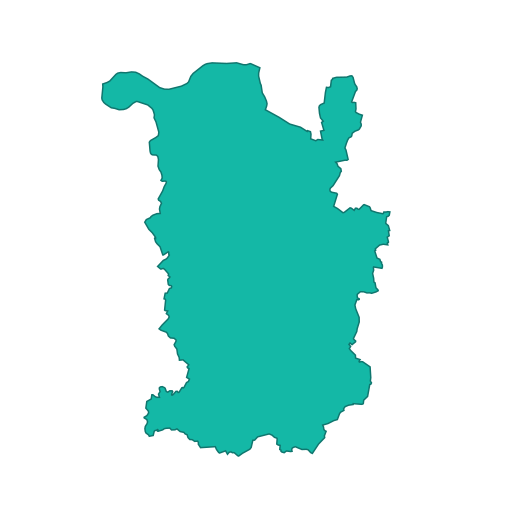 Thieu Hoa, Thanh Hóa, Vietnam, rotated 260°
{"feature_id": "81297802B18173194226488", "entity_name": "Thieu Hoa", "entity_type": "district", "adm_level": 2, "iso_a3": "VNM", "parent_name": "Vietnam", "parent_adm1": "Thanh Hóa", "projection": "albers", "projection_center": [105.666, 19.898], "detail": "fine", "context": "isolated", "style": "filled", "palette": "teal", "viewbox_px": 512, "rotation_deg": 260, "n_neighbors": 0, "source": "geoboundaries", "source_scale": "gbopen_adm2", "svg_char_len": 6086}
<svg xmlns="http://www.w3.org/2000/svg" viewBox="0 0 512 512"><g transform="rotate(260 256 256)"><path d="M367.7,382.5L369.1,382.1L370.3,382.4L376.2,385.2L377.8,382.2L380.0,379.4L380.9,379.0L383.5,380.0L389.6,380.8L390.3,379.2L390.4,377.6L391.1,376.9L400.7,382.5L401.9,384.1L403.1,384.7L405.1,384.6L407.9,383.3L409.5,383.0L415.0,382.6L416.8,381.7L417.0,379.9L416.4,376.4L418.0,366.2L417.6,362.3L416.7,362.1L416.0,360.7L409.7,358.8L409.3,356.4L409.9,354.7L405.1,352.8L394.8,349.7L393.9,346.1L393.0,344.6L391.5,343.8L385.5,343.3L380.8,343.5L377.0,345.6L376.2,343.8L367.9,344.7L367.8,341.2L360.0,341.4L358.6,341.8L360.0,337.1L359.1,334.9L361.9,330.2L366.4,331.3L369.0,331.2L370.5,328.5L369.8,328.0L375.1,322.2L380.1,312.1L388.5,302.9L398.4,290.6L401.8,292.5L404.0,293.3L406.7,293.2L411.1,292.2L415.6,290.5L423.3,290.7L425.3,290.2L432.7,289.8L435.8,290.4L440.7,292.5L446.3,284.2L446.5,283.5L446.0,279.9L446.3,278.0L446.6,276.7L449.6,270.5L450.7,260.5L453.8,246.3L453.9,241.4L453.6,239.4L452.7,236.9L446.7,225.8L444.2,223.0L439.1,219.8L437.9,218.0L436.2,212.0L435.3,199.2L436.2,194.8L438.6,190.3L449.0,180.3L452.7,175.6L455.6,172.7L457.8,169.5L458.4,167.4L458.9,165.3L459.0,159.7L460.2,154.6L460.1,151.6L459.2,149.6L453.7,142.4L452.7,139.4L452.0,134.9L449.2,134.6L438.4,131.6L436.5,131.6L433.6,132.8L431.7,134.3L427.1,139.2L425.9,142.6L423.8,146.6L423.3,150.9L423.6,153.8L424.7,156.6L427.7,161.2L429.0,164.9L428.6,166.3L423.6,175.6L419.5,179.1L417.8,179.9L415.1,180.3L412.6,180.5L409.8,179.6L405.5,180.8L394.8,181.8L391.5,180.7L390.1,178.0L388.0,172.1L386.6,170.7L377.8,169.9L375.7,170.0L374.2,170.7L373.5,171.9L372.7,175.4L371.1,176.6L368.0,176.7L361.5,175.1L357.9,175.7L355.1,177.0L351.6,177.4L348.9,177.1L347.0,175.5L345.9,176.6L345.6,179.5L345.1,180.4L344.6,180.6L343.2,180.1L340.3,177.7L336.2,175.3L329.2,169.6L327.9,169.8L326.4,171.4L324.4,172.1L321.2,169.9L319.0,169.1L314.5,169.1L314.9,165.8L314.1,161.6L313.0,159.4L312.1,158.7L310.9,154.3L308.6,152.3L300.9,155.1L296.9,157.9L291.9,160.3L290.9,160.2L291.4,159.5L291.1,159.2L287.5,159.6L285.2,160.7L281.8,163.1L273.2,164.4L273.1,165.0L275.4,170.3L274.9,170.7L272.7,170.4L272.0,170.8L269.4,168.3L268.5,166.7L267.8,164.0L262.8,157.3L259.9,159.7L259.6,160.1L259.9,162.4L258.7,163.7L253.5,166.8L252.0,166.1L250.4,167.6L249.8,167.3L248.7,165.5L247.8,164.9L243.3,164.7L242.1,165.5L241.5,167.4L240.6,167.7L239.3,167.1L239.0,165.1L234.9,162.2L235.1,160.1L229.8,158.0L229.2,159.2L228.1,159.3L218.6,156.6L218.0,157.1L217.2,159.5L214.8,157.7L212.9,159.5L211.1,160.0L209.3,158.6L204.4,151.7L201.1,147.9L199.5,149.4L196.5,154.5L194.9,155.4L192.4,155.8L190.2,157.5L189.2,161.1L187.1,162.7L185.9,162.4L182.9,160.0L181.2,160.3L178.1,161.9L173.2,161.7L169.4,162.7L166.7,162.5L166.4,166.1L160.5,170.9L158.7,168.9L157.7,169.2L156.7,170.5L148.5,166.6L146.3,169.1L144.1,167.6L143.4,165.6L139.0,162.2L138.7,161.3L139.2,160.9L139.1,160.1L135.1,156.5L135.1,155.6L136.4,155.0L136.6,153.7L133.9,150.3L133.5,149.2L133.8,148.8L134.7,149.0L136.8,150.4L137.8,150.0L138.2,147.6L137.2,145.4L138.2,144.1L141.3,143.6L142.1,143.2L143.6,141.1L143.7,139.4L143.2,138.1L142.0,137.7L139.1,138.0L136.9,136.0L133.6,136.4L134.1,133.7L135.1,132.2L137.3,130.3L137.4,129.3L133.4,128.0L131.7,123.2L125.3,121.1L122.1,123.0L120.1,123.0L117.8,120.9L116.6,117.8L115.9,117.8L113.9,120.1L111.5,120.4L109.8,119.6L107.4,117.4L105.2,116.6L102.3,116.5L100.8,116.9L98.4,119.2L97.0,119.6L97.1,123.6L101.0,125.3L101.6,126.0L101.7,127.8L102.2,128.9L101.7,129.3L100.6,128.7L100.4,129.2L101.0,133.9L101.9,135.8L101.9,137.9L101.5,141.2L99.4,142.6L98.9,146.1L99.5,148.1L96.3,150.8L94.8,154.4L93.1,155.3L92.0,157.1L89.0,157.5L86.8,158.9L86.2,161.3L84.1,163.4L83.8,166.4L82.2,166.9L80.7,166.5L76.9,168.1L75.3,182.8L72.3,183.5L69.0,185.1L68.3,185.9L69.4,192.2L65.7,193.5L67.4,195.5L67.4,197.5L66.4,198.5L66.1,200.4L62.4,203.4L62.0,204.2L64.1,208.5L66.8,216.4L68.3,218.0L75.1,220.9L74.9,222.7L77.6,226.2L78.5,238.1L76.8,240.7L74.2,242.7L73.0,244.9L72.3,245.1L67.2,243.8L66.0,245.0L65.3,246.9L61.3,245.8L60.4,246.9L59.3,246.7L58.4,247.5L57.4,249.6L58.7,252.1L57.4,256.2L57.4,257.6L58.9,257.5L60.3,258.1L60.8,258.8L61.4,261.5L57.5,267.6L56.9,272.0L56.1,273.7L52.9,275.7L51.8,277.2L60.0,285.0L65.2,292.1L67.0,292.1L71.2,294.6L71.8,293.7L73.3,292.7L75.9,292.8L77.9,292.3L78.5,297.8L80.4,304.1L80.8,307.7L86.4,311.0L87.6,312.5L88.7,315.8L90.3,315.7L92.2,317.6L93.0,321.3L92.9,325.9L93.7,326.1L91.6,334.3L91.7,335.6L92.2,336.1L95.3,337.0L98.3,341.5L109.7,345.7L109.8,346.8L111.0,347.7L113.0,346.9L116.3,347.9L127.0,349.1L133.3,342.7L133.7,341.6L133.6,339.4L134.5,339.2L135.9,340.5L138.2,336.3L141.1,336.7L146.4,332.9L148.6,331.8L150.5,333.5L152.8,332.2L154.0,333.5L152.0,335.2L154.2,339.1L154.9,339.4L157.1,337.7L157.9,337.7L164.1,342.1L166.8,343.0L173.1,346.2L177.7,346.9L186.8,345.0L190.6,344.9L195.5,347.7L195.1,349.3L195.3,350.1L195.9,350.2L197.2,348.6L200.1,348.8L200.8,349.3L202.7,352.6L202.0,356.0L200.4,358.8L200.0,361.6L199.2,363.4L199.8,368.0L200.6,370.3L201.5,370.2L203.9,368.6L208.9,368.6L209.9,367.6L213.7,368.0L218.6,367.8L221.6,369.4L224.1,369.6L224.8,369.9L222.0,377.9L223.2,378.6L225.2,378.9L226.9,378.3L228.1,378.6L228.9,377.7L231.2,377.4L233.0,374.8L240.4,373.8L240.9,374.9L242.3,374.7L245.3,379.6L245.5,383.4L244.1,387.7L245.8,387.5L246.3,387.8L246.3,388.7L247.0,388.9L251.8,388.5L252.8,390.7L257.8,390.8L257.9,392.1L262.9,391.6L265.5,389.5L266.3,389.6L272.0,391.5L272.2,393.1L273.0,394.3L276.2,395.5L276.8,393.4L276.7,391.8L277.1,389.5L275.9,388.9L275.6,388.3L277.8,382.6L280.7,377.2L283.6,376.8L284.8,376.3L287.8,371.5L287.7,370.8L284.0,365.6L284.3,364.7L285.5,363.7L285.8,362.2L283.9,360.6L286.5,358.2L287.1,357.0L283.6,350.4L283.5,349.2L288.5,344.6L291.4,341.1L302.7,346.9L303.8,346.3L305.8,341.3L307.2,340.2L308.7,340.3L309.9,341.0L311.9,344.1L320.6,352.1L323.6,353.5L324.6,354.7L327.3,354.7L330.1,352.3L332.7,351.9L334.6,350.7L334.9,360.3L334.5,362.2L335.1,363.5L344.8,363.0L346.9,362.3L351.3,364.6L354.3,366.4L356.2,368.0L356.9,370.4L357.6,371.1L360.2,372.1L361.7,375.1L362.4,378.7L363.1,379.9L365.9,382.2L367.7,382.5Z" fill="#14b8a6" stroke="#0f766e" stroke-width="1.5"/></g></svg>